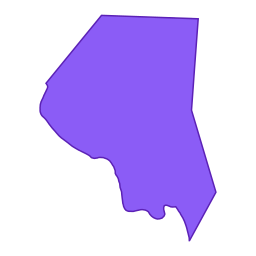 Mahaut, Praslin, Saint Lucia (Albers equal-area conic projection)
{"feature_id": "8701671B93430889647256", "entity_name": "Mahaut", "entity_type": "district", "adm_level": 2, "iso_a3": "LCA", "parent_name": "Saint Lucia", "parent_adm1": "Praslin", "projection": "albers", "projection_center": [-60.958, 13.843], "detail": "fine", "context": "isolated", "style": "filled", "palette": "violet", "viewbox_px": 256, "rotation_deg": 0, "n_neighbors": 0, "source": "geoboundaries", "source_scale": "gbopen_adm2", "svg_char_len": 3427}
<svg xmlns="http://www.w3.org/2000/svg" viewBox="0 0 256 256"><path d="M189.3,240.6L189.5,240.6L215.9,192.3L215.8,191.8L191.5,110.2L194.5,68.6L198.2,18.8L101.5,15.4L46.0,83.3L46.2,83.6L46.3,83.7L46.4,83.9L46.6,84.2L46.9,84.6L47.1,85.0L47.3,85.3L47.5,85.7L47.6,86.1L47.6,86.4L47.6,86.5L47.7,86.9L47.7,87.2L47.6,87.5L47.5,87.8L47.4,88.0L47.3,88.4L47.2,88.6L47.1,88.9L46.9,89.2L46.8,89.5L46.6,89.8L46.5,90.1L46.4,90.2L46.4,90.4L46.2,90.7L46.1,90.9L46.1,91.0L45.9,91.3L45.8,91.6L45.7,91.8L45.5,92.2L45.4,92.4L45.2,92.7L45.1,92.9L45.0,93.3L44.9,93.5L44.7,93.8L44.6,94.1L44.5,94.3L44.3,94.6L44.2,94.9L44.0,95.2L43.9,95.4L43.8,95.7L43.7,96.0L43.5,96.4L43.5,96.5L43.4,96.8L43.3,97.1L43.1,97.5L43.0,97.9L42.8,98.1L42.7,98.3L42.7,98.5L42.5,98.9L42.3,99.2L42.1,99.6L42.0,99.9L41.8,100.2L41.6,100.6L41.6,100.8L41.4,101.2L41.2,101.6L41.0,101.9L41.0,102.3L40.9,102.5L40.8,102.9L40.7,103.1L40.6,103.4L40.5,103.8L40.5,104.1L40.4,104.3L40.3,104.7L40.3,105.0L40.3,105.4L40.2,105.8L40.2,106.4L40.2,106.7L40.1,107.1L40.1,107.5L40.1,108.0L40.1,108.3L40.1,108.6L40.1,108.8L40.2,109.2L40.1,109.4L40.1,109.6L40.1,109.8L40.1,110.1L40.1,110.3L40.1,110.6L40.1,110.9L40.2,111.3L40.2,111.6L40.2,111.8L40.3,112.2L40.4,112.4L40.5,112.6L40.5,112.8L40.6,113.1L40.8,113.5L40.9,113.9L41.0,114.2L41.1,114.3L41.4,114.8L41.5,115.0L41.7,115.3L41.8,115.5L42.0,115.7L42.2,115.9L42.4,116.2L42.6,116.4L43.0,116.7L43.3,117.0L43.8,117.4L44.2,117.8L44.5,118.1L44.8,118.4L45.0,118.6L45.3,118.9L45.6,119.3L45.8,119.4L46.0,119.7L46.2,120.0L46.4,120.3L46.6,120.5L47.0,121.0L47.3,121.5L47.5,121.8L47.8,122.2L48.1,122.5L48.3,122.8L48.4,123.0L48.5,123.2L48.6,123.4L48.7,123.5L48.8,123.7L49.0,123.9L49.2,124.2L49.4,124.4L49.6,124.7L49.7,124.9L49.9,125.1L50.0,125.2L50.2,125.4L50.5,125.8L50.6,126.0L50.9,126.4L51.1,126.6L51.2,126.8L51.4,127.0L51.7,127.4L51.9,127.7L52.1,127.9L52.2,128.0L52.5,128.4L52.9,128.7L53.0,129.0L53.4,129.4L53.7,129.7L53.9,130.0L54.3,130.4L54.6,130.7L54.7,130.8L55.0,131.2L55.4,131.6L55.8,132.1L56.0,132.4L56.2,132.6L56.5,132.9L56.7,133.2L57.1,133.6L57.3,133.9L57.7,134.2L57.9,134.6L58.2,134.8L58.4,135.1L58.7,135.4L59.1,135.8L59.2,136.0L59.5,136.2L59.7,136.5L60.1,136.7L60.3,136.9L60.5,137.1L60.7,137.3L61.0,137.5L61.3,137.9L61.5,138.0L66.1,141.4L70.2,144.6L72.2,146.2L75.8,148.4L78.8,150.1L85.9,153.6L88.8,155.2L90.0,156.1L91.3,157.5L91.9,157.8L94.4,158.4L96.2,158.1L97.3,158.0L98.2,157.6L99.8,157.4L103.4,157.6L104.6,158.1L106.7,158.8L108.1,159.6L109.7,160.8L111.3,162.9L112.8,165.4L113.7,166.6L114.4,168.5L115.2,170.7L115.3,173.5L116.3,175.4L117.0,176.2L118.3,178.7L118.8,181.1L119.7,183.5L120.1,187.4L120.9,189.8L121.6,191.9L121.7,193.5L122.1,197.2L122.6,201.2L122.8,203.1L123.3,204.8L123.6,206.3L123.8,206.8L124.5,208.3L125.1,209.3L125.5,209.6L125.9,210.2L126.7,210.6L127.9,211.1L128.8,211.3L130.4,211.3L132.1,211.4L133.3,211.4L135.7,210.8L139.8,209.9L140.7,209.7L142.3,209.6L143.6,209.8L145.4,210.1L147.1,210.9L148.4,211.8L149.8,214.2L151.5,216.1L153.5,217.6L155.5,218.5L157.3,219.0L159.6,218.8L162.0,218.1L163.0,217.1L163.9,216.3L164.7,214.6L164.8,213.9L164.1,211.0L163.7,209.5L163.7,207.4L164.3,205.7L165.5,205.2L166.2,205.2L167.3,205.4L170.1,206.5L170.7,206.8L172.4,207.0L174.3,206.9L175.7,206.7L176.6,207.9L177.5,209.2L178.5,210.9L180.2,213.2L180.6,214.2L182.9,218.0L184.5,221.4L186.0,225.6L186.8,228.2L187.3,230.3L188.1,233.4L188.8,236.2L189.0,237.0L189.2,238.0L189.3,240.4L189.3,240.6Z" fill="#8b5cf6" stroke="#5b21b6" stroke-width="1.5"/></svg>